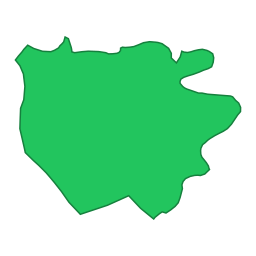 Qalyub, Al Qalyubiyah, Egypt
{"feature_id": "37247803B29662728717232", "entity_name": "Qalyub", "entity_type": "district", "adm_level": 2, "iso_a3": "EGY", "parent_name": "Egypt", "parent_adm1": "Al Qalyubiyah", "projection": "albers", "projection_center": [31.221, 30.18], "detail": "fine", "context": "isolated", "style": "filled", "palette": "green", "viewbox_px": 256, "rotation_deg": 0, "n_neighbors": 0, "source": "geoboundaries", "source_scale": "gbopen_adm2", "svg_char_len": 1788}
<svg xmlns="http://www.w3.org/2000/svg" viewBox="0 0 256 256"><path d="M80.3,214.3L107.6,205.2L128.7,195.7L140.7,208.4L153.7,219.0L155.0,217.3L159.7,213.5L162.2,211.9L166.0,213.0L170.7,209.9L175.1,206.4L178.2,202.8L179.6,198.9L180.1,197.5L182.4,188.7L181.9,184.8L183.1,181.4L185.5,178.6L190.2,176.4L194.6,175.4L197.7,175.2L200.4,175.5L204.8,174.0L207.3,171.6L209.5,169.5L208.9,168.2L208.4,166.0L206.4,162.8L204.3,160.1L201.9,157.2L200.8,154.3L200.6,150.6L200.9,148.3L202.6,144.6L205.1,142.7L207.6,140.3L209.9,138.6L214.8,135.6L219.2,133.3L223.2,131.3L227.4,128.6L231.5,124.1L234.8,119.2L237.7,114.9L240.5,111.6L240.6,107.4L238.7,103.1L235.6,100.4L232.7,96.9L231.8,96.5L230.4,96.0L225.2,95.6L215.1,94.8L207.6,94.2L202.1,93.1L198.6,93.1L190.8,90.4L186.7,89.0L184.5,87.9L182.7,86.5L180.1,83.4L180.0,81.6L180.9,79.1L183.8,77.3L188.1,75.8L193.2,74.3L199.2,72.1L203.5,70.2L208.0,68.7L211.6,66.8L213.2,62.3L213.7,57.8L212.7,53.8L209.3,51.5L206.9,50.4L202.4,49.3L198.4,49.8L194.4,50.7L191.0,51.8L187.6,52.5L183.9,52.1L181.8,51.2L180.2,57.0L176.4,62.9L171.3,58.0L171.3,53.3L168.6,48.3L162.1,43.7L158.0,42.5L155.7,42.2L149.6,41.7L143.5,42.7L138.8,44.7L133.8,46.6L129.7,47.2L125.2,47.5L122.4,47.2L120.6,48.1L120.5,50.5L119.1,52.4L117.0,53.3L112.4,53.8L108.5,53.9L105.8,52.7L98.7,51.6L88.3,51.2L82.1,51.7L74.7,52.7L71.9,51.9L71.6,49.3L71.2,47.4L68.4,38.7L66.3,37.6L65.1,37.0L63.7,41.9L62.0,43.8L59.9,45.8L58.6,47.9L54.5,50.3L50.9,51.7L42.5,51.3L33.8,48.5L27.7,45.2L23.8,49.4L22.6,51.1L22.4,51.4L22.1,51.8L18.4,56.1L15.4,60.0L16.5,61.4L19.9,65.7L23.4,73.9L24.9,86.4L23.8,99.7L20.6,108.3L20.2,119.0L19.9,128.8L22.3,139.1L24.4,148.3L25.3,152.6L33.5,160.6L38.7,165.3L46.1,172.7L50.3,177.6L54.3,182.4L61.3,191.3L69.0,202.3L79.6,213.5L80.3,214.3Z" fill="#22c55e" stroke="#15803d" stroke-width="1.5"/></svg>